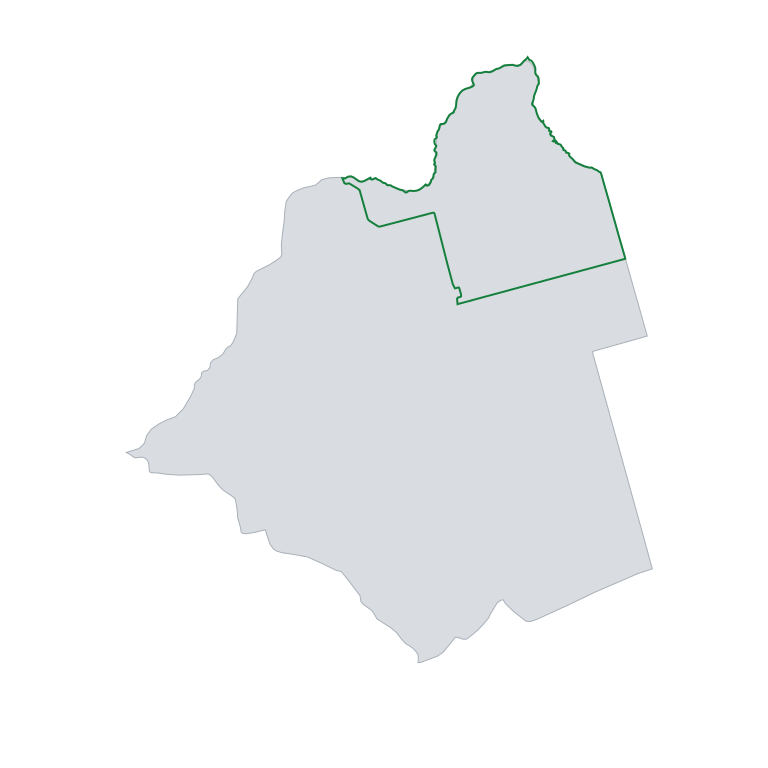 Kgalagadi on a map of Botswana (orthographic projection), rotated 165°
{"feature_id": "BWA-2625", "entity_name": "Kgalagadi", "entity_type": "District", "adm_level": 1, "iso_a3": "BWA", "parent_name": "Botswana", "parent_adm1": "", "projection": "orthographic", "projection_center": [21.995, -25.1], "detail": "fine", "context": "in_parent", "style": "outline", "palette": "green", "viewbox_px": 768, "rotation_deg": 165, "n_neighbors": 0, "source": "natural_earth", "source_scale": "10m", "svg_char_len": 6708}
<svg xmlns="http://www.w3.org/2000/svg" viewBox="0 0 768 768"><g transform="rotate(165 384 384)"><path d="M423.3,106.1L422.1,109.0L421.1,113.4L422.1,116.7L424.4,121.2L427.7,125.1L430.2,127.5L433.2,133.2L436.1,140.4L440.0,146.1L451.6,159.0L452.8,163.6L454.3,168.2L461.5,177.0L462.6,179.9L462.0,185.8L469.2,203.6L473.9,214.1L478.1,216.1L491.3,227.5L502.8,236.8L516.3,243.2L526.3,247.5L531.2,250.6L533.6,253.4L535.5,258.8L536.2,268.0L536.3,273.9L547.1,274.1L556.1,275.0L559.1,276.3L560.3,278.1L559.8,282.0L559.8,287.8L560.0,292.5L558.9,297.5L558.1,303.4L557.4,310.7L558.6,313.6L566.9,323.2L570.3,329.4L573.8,338.6L575.9,341.6L577.6,342.8L585.3,344.2L605.1,348.9L617.2,353.0L626.8,357.1L630.8,358.2L632.7,359.3L633.3,360.2L631.8,368.0L632.1,370.6L633.0,372.9L634.6,374.8L636.5,376.0L643.9,377.2L648.1,382.3L650.7,384.6L637.4,385.1L630.7,388.8L626.5,395.7L620.3,400.7L612.0,403.6L603.3,405.5L594.1,406.3L584.2,412.0L573.5,422.6L568.0,429.3L567.6,432.2L565.2,434.6L560.8,436.5L558.2,438.9L557.5,441.8L555.1,443.1L551.0,442.8L548.0,444.8L546.2,449.2L542.5,451.7L536.9,452.4L531.9,454.7L527.7,458.6L524.5,460.5L522.3,460.5L518.8,463.7L513.0,471.2L512.0,474.8L503.3,503.9L499.1,507.2L490.9,513.0L484.2,520.0L481.2,524.1L478.1,525.9L463.2,529.0L457.6,530.8L450.9,533.3L449.1,535.8L447.2,544.8L442.3,557.6L438.3,567.1L435.6,575.4L431.2,585.6L427.4,589.0L423.2,592.1L417.8,593.5L410.4,594.3L403.8,593.9L398.6,593.9L391.3,597.4L384.6,597.5L374.0,595.2L365.5,593.0L361.6,592.5L354.1,585.6L349.2,585.7L341.7,585.0L337.6,583.4L333.7,579.9L325.3,573.0L317.1,567.4L309.8,564.0L302.9,562.4L296.4,563.7L291.3,565.1L289.4,565.8L285.4,568.7L281.3,574.0L278.0,582.4L276.7,587.6L272.9,598.5L267.9,611.7L265.5,615.4L262.8,618.2L258.5,620.7L244.5,631.1L237.5,642.9L233.1,646.3L227.8,647.9L223.4,648.9L220.9,650.9L218.2,656.8L215.8,658.9L213.1,659.7L205.2,659.1L202.6,658.5L181.6,659.7L175.1,657.9L170.6,657.2L163.4,659.7L160.4,658.1L157.9,653.2L156.7,643.3L156.9,634.9L160.8,628.5L164.0,623.7L167.1,617.6L167.5,614.9L166.9,612.4L166.2,607.4L165.8,602.3L161.1,591.1L155.4,576.3L147.6,559.8L145.2,555.2L140.4,548.1L122.5,534.6L119.8,532.8L119.8,531.3L119.6,518.0L119.3,500.4L119.0,482.7L118.8,465.1L118.5,447.5L118.2,429.9L118.0,412.3L117.7,394.7L117.5,377.1L117.3,362.2L130.2,362.0L146.3,361.8L165.4,361.6L173.9,361.5L174.4,359.2L174.3,348.3L174.1,323.2L173.9,298.2L173.7,273.2L173.5,248.2L173.3,223.2L173.1,198.2L172.9,173.3L172.8,148.4L172.7,136.0L187.8,135.2L205.1,132.6L233.2,128.5L259.4,123.5L276.6,120.6L296.9,117.2L303.9,116.7L305.8,117.1L308.5,118.4L317.8,130.9L323.6,140.5L324.7,144.5L325.9,145.0L328.6,144.4L331.8,142.9L341.4,133.6L343.4,131.1L349.6,126.6L357.0,122.1L363.7,118.9L370.5,116.2L373.6,117.0L377.2,119.4L380.5,121.0L395.9,109.8L402.8,107.3L420.8,105.6L423.3,106.1Z" fill="#d9dde1" stroke="#a8b0b8" stroke-width="1"/><path d="M154.6,572.7L154.4,571.5L154.1,571.0L152.5,570.2L151.6,569.6L151.2,569.0L150.8,567.1L150.6,566.6L150.0,565.8L149.8,565.4L149.7,564.9L150.0,564.5L150.2,564.2L150.1,563.6L149.7,563.2L148.7,562.7L148.3,562.4L148.2,562.0L148.1,560.3L147.0,559.9L146.0,559.3L145.4,558.5L145.9,557.5L146.0,556.6L145.4,555.2L143.8,552.9L142.1,549.1L141.5,548.3L134.2,542.4L129.9,539.9L129.3,539.7L128.2,539.6L127.6,539.5L127.0,539.1L125.5,537.4L122.6,535.1L121.5,533.5L120.5,532.7L120.1,532.3L119.8,531.3L119.7,520.7L119.5,510.2L119.3,499.6L119.2,489.0L119.0,478.4L119.0,476.7L118.9,467.9L118.7,457.3L118.5,446.7L118.5,442.6L119.6,442.5L292.3,442.1L291.4,447.4L290.3,448.4L287.7,448.3L287.1,448.6L286.7,449.0L286.4,451.4L286.5,457.3L286.6,457.7L287.0,457.9L287.5,458.0L290.7,458.0L291.7,462.5L291.7,484.4L291.1,535.1L291.2,535.8L291.5,536.5L292.3,536.7L293.1,536.8L346.6,537.1L347.5,537.2L348.3,537.4L349.2,538.1L355.5,545.0L356.2,545.9L356.8,547.0L357.0,548.3L357.4,577.6L359.2,580.0L365.5,586.6L366.3,586.9L368.9,587.1L370.3,588.3L371.0,593.6L368.6,592.6L367.5,592.8L366.4,593.2L364.8,593.6L362.1,593.1L359.8,591.3L356.0,586.6L353.6,585.2L350.7,585.1L344.9,586.6L343.7,586.8L343.6,586.5L343.9,586.0L343.9,585.5L343.3,585.0L342.8,584.6L342.1,584.5L339.2,585.2L338.2,584.5L337.4,583.3L334.9,581.4L332.8,578.6L332.3,578.3L331.2,577.9L330.7,577.5L330.3,577.0L329.8,575.7L329.3,575.2L326.2,574.2L325.5,573.5L325.1,572.9L319.3,568.2L317.9,567.3L316.3,566.5L315.7,566.1L315.0,565.3L314.2,564.0L313.7,563.5L312.9,563.2L312.2,563.4L310.3,564.0L309.3,564.1L308.5,563.9L306.0,562.9L302.9,562.3L300.2,562.4L297.5,563.2L293.3,565.2L292.8,565.6L292.1,566.0L291.8,565.7L291.5,565.0L291.2,564.5L289.8,564.3L288.5,565.0L286.3,567.2L286.0,567.8L285.9,568.3L285.7,568.8L285.0,569.2L284.3,569.5L283.7,569.9L283.2,570.4L282.7,571.2L281.8,573.6L281.2,574.3L279.8,574.8L279.4,575.4L278.3,579.2L277.9,580.2L277.7,580.7L277.7,581.2L278.0,581.8L278.5,582.5L278.8,583.1L278.3,583.7L277.5,584.3L277.4,584.8L277.6,585.3L277.7,586.0L277.6,586.9L277.4,587.5L277.1,588.1L274.6,591.0L273.9,592.3L273.5,593.6L273.6,594.4L273.8,594.6L274.1,594.8L274.5,595.4L274.8,596.3L274.9,596.6L274.3,597.7L273.5,598.6L272.4,599.6L271.8,600.6L272.5,601.7L272.7,602.5L272.8,603.9L272.6,605.3L272.3,606.3L271.8,607.1L271.3,607.5L269.7,608.1L269.1,608.6L269.1,609.1L269.3,609.7L269.3,610.4L267.0,614.0L266.8,614.1L266.3,614.7L265.2,615.5L264.6,616.3L263.7,618.4L262.6,620.0L261.7,620.4L259.2,619.8L257.4,620.2L256.2,621.2L254.3,623.9L251.4,626.7L250.1,627.4L249.3,627.7L246.7,628.2L246.2,628.5L245.6,629.8L243.4,632.0L242.4,634.2L240.6,639.1L238.5,642.4L235.7,645.2L232.5,647.2L229.0,648.0L223.7,648.1L222.0,648.4L220.5,648.9L219.8,649.5L219.8,650.5L220.3,653.3L220.3,654.5L220.1,655.6L219.5,656.7L218.5,657.6L215.4,659.8L214.1,660.3L213.0,660.3L209.7,659.4L205.0,659.3L202.3,658.1L201.1,657.8L198.6,657.9L194.0,659.2L193.2,659.2L191.7,659.1L190.9,659.1L186.1,660.5L184.4,660.5L177.1,659.0L174.9,657.6L172.6,656.6L169.5,657.0L168.1,657.8L165.6,659.6L162.1,661.3L160.9,662.2L160.7,662.4L160.5,661.8L159.9,659.8L159.3,659.1L158.5,658.6L158.2,658.3L157.8,657.8L157.1,656.1L156.5,653.9L156.2,651.6L156.1,649.8L157.3,645.6L157.3,644.2L157.1,643.3L156.2,642.0L155.8,641.3L155.6,639.7L155.8,637.9L156.5,634.6L156.7,633.9L158.3,632.6L159.1,631.6L160.7,628.6L163.8,624.5L165.0,622.3L166.0,619.9L168.4,616.5L168.6,615.5L166.5,611.9L166.3,610.7L166.4,606.3L165.8,601.0L164.3,597.3L164.3,597.1L163.7,596.4L163.4,596.3L162.8,596.6L162.1,596.9L162.1,596.3L162.7,595.2L161.5,591.1L160.9,590.0L160.3,589.5L158.9,588.8L158.4,588.2L158.4,587.6L158.9,586.2L158.9,585.6L158.4,585.2L157.8,585.1L157.2,584.9L157.0,584.2L157.3,583.8L158.5,583.0L158.9,582.4L158.4,580.8L155.9,578.6L156.0,576.9L156.3,575.9L158.0,574.8L157.2,574.2L156.7,574.2L156.2,574.5L155.7,574.8L155.2,574.5L155.1,573.9L155.4,573.1L155.5,572.6L154.6,572.7Z" fill="none" stroke="#15803d" stroke-width="2"/></g></svg>